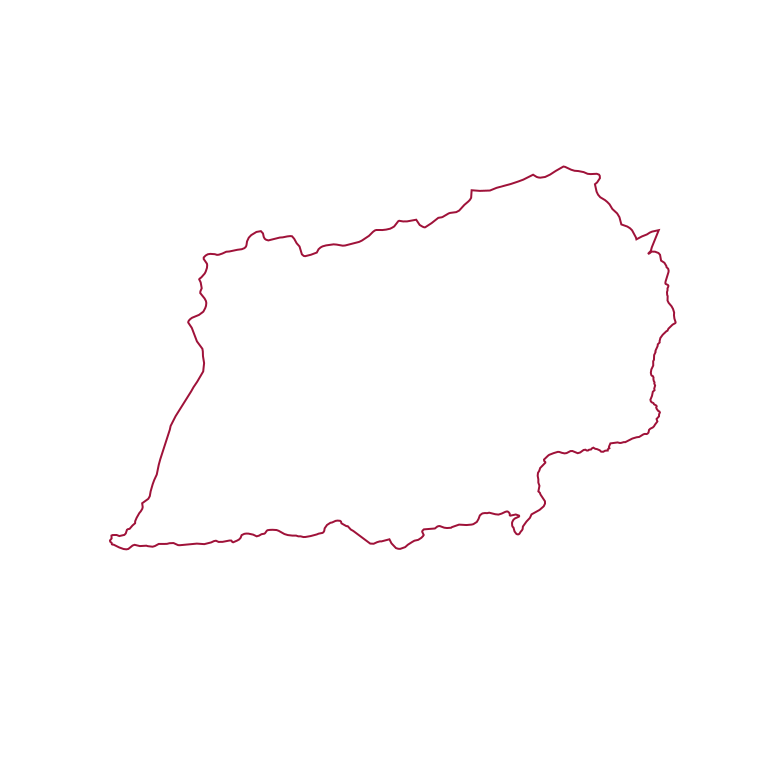 the district of Penipe, Chimborazo, Ecuador, rotated 256°
{"feature_id": "8360857B23969397471508", "entity_name": "Penipe", "entity_type": "district", "adm_level": 2, "iso_a3": "ECU", "parent_name": "Ecuador", "parent_adm1": "Chimborazo", "projection": "equal_earth", "projection_center": [-78.46, -1.554], "detail": "fine", "context": "isolated", "style": "outline", "palette": "rose", "viewbox_px": 768, "rotation_deg": 256, "n_neighbors": 0, "source": "geoboundaries", "source_scale": "gbopen_adm2", "svg_char_len": 6148}
<svg xmlns="http://www.w3.org/2000/svg" viewBox="0 0 768 768"><g transform="rotate(256 384 384)"><path d="M394.9,166.8L391.6,165.2L365.1,148.7L360.1,145.9L351.1,141.6L346.4,137.8L342.7,135.3L336.3,131.6L331.8,129.6L329.6,127.5L326.8,120.5L323.0,120.1L321.4,119.3L319.3,117.2L317.9,115.3L314.0,111.6L311.1,109.4L309.1,108.8L307.6,105.8L305.0,102.1L305.1,100.4L304.7,99.3L301.5,97.3L300.4,95.6L300.5,90.4L302.2,88.0L303.1,84.1L302.9,82.9L300.0,82.3L298.5,80.3L297.3,80.2L295.7,81.3L294.3,81.2L293.9,81.7L293.5,82.8L289.5,87.5L286.9,91.4L285.9,94.0L285.8,96.0L288.1,101.0L288.3,103.1L285.8,107.9L284.6,114.3L283.8,115.6L282.1,120.1L282.2,122.5L283.3,126.7L281.4,134.6L281.4,137.4L280.6,141.3L277.5,145.2L277.0,146.7L274.4,163.8L272.1,170.9L272.1,178.0L272.7,181.0L272.6,183.0L270.8,185.3L269.9,189.0L269.5,196.2L269.0,198.0L267.3,198.7L266.9,199.4L267.6,203.6L268.2,205.8L269.5,207.7L271.8,209.3L272.4,212.2L272.2,214.2L271.6,216.3L269.5,220.6L267.0,223.6L267.1,226.1L267.9,228.8L267.7,231.7L268.0,232.5L270.0,234.8L270.3,235.6L270.1,237.7L269.5,240.6L268.3,244.4L267.1,246.2L262.5,251.1L260.7,254.1L259.0,258.6L258.2,262.0L256.9,264.0L256.4,266.2L255.0,268.8L254.6,270.5L254.2,276.0L254.3,282.4L254.6,284.3L254.4,288.4L255.0,289.6L256.0,290.5L258.3,291.5L261.0,294.6L262.3,298.4L262.2,300.1L262.9,303.9L262.7,305.9L261.9,308.2L260.9,309.0L259.1,309.0L255.2,313.1L254.8,314.4L250.8,316.6L248.9,318.6L232.5,332.0L231.5,335.3L232.2,339.1L232.3,342.0L231.9,343.4L232.0,351.7L227.6,352.7L221.9,355.9L220.7,357.9L220.1,359.8L220.6,365.1L222.3,368.3L223.9,373.1L224.6,375.6L224.5,379.5L225.7,383.0L227.0,385.1L227.9,386.0L231.4,385.3L232.4,385.9L233.3,387.5L231.5,398.4L232.8,401.3L232.9,402.4L232.7,403.7L230.0,407.7L229.0,410.3L228.3,414.3L228.7,415.3L229.4,422.8L227.2,429.9L226.4,435.0L226.4,436.8L227.7,440.7L230.2,443.1L233.3,445.2L234.4,447.5L234.6,448.4L234.4,450.6L233.7,453.0L233.7,454.9L230.7,460.5L229.6,463.5L229.8,466.8L230.6,470.8L230.6,472.5L230.3,473.2L229.3,474.0L227.9,474.6L226.1,474.3L225.7,474.7L225.5,480.3L223.6,483.2L223.1,483.2L222.6,482.7L221.9,478.6L221.0,476.8L219.4,475.3L218.2,474.6L215.4,474.1L214.3,474.3L213.4,474.9L209.3,475.0L206.5,476.2L205.9,477.0L205.6,478.2L205.9,479.1L207.7,481.0L208.7,482.5L209.7,483.4L212.1,484.3L212.7,485.0L216.1,489.0L218.8,493.2L221.8,495.6L224.2,504.5L226.7,509.4L229.0,511.3L231.3,511.8L238.9,509.1L240.8,508.9L242.4,507.8L247.6,510.2L251.0,509.9L254.2,510.7L257.7,510.9L260.5,511.9L262.3,513.7L264.7,515.2L268.6,521.5L269.3,521.6L270.7,520.8L272.0,521.0L274.8,525.9L275.3,527.1L275.9,531.9L276.1,536.2L275.7,537.6L274.2,539.9L273.0,542.4L272.8,544.5L273.8,548.7L273.4,550.6L270.0,555.2L270.1,557.8L271.7,561.7L271.5,563.6L270.5,564.5L270.1,565.8L270.6,566.9L270.4,569.1L271.2,570.1L271.6,571.7L270.0,573.3L269.3,574.9L267.5,577.3L265.8,578.3L265.2,580.3L265.8,582.5L265.3,585.0L266.5,585.4L267.2,587.2L268.2,586.9L269.1,587.4L271.6,589.3L270.8,596.5L269.7,598.6L269.5,599.8L269.6,602.6L269.2,604.0L271.0,611.8L271.2,616.2L270.9,618.8L272.4,623.5L272.5,624.9L271.9,626.8L272.1,627.7L272.9,628.9L275.4,630.1L276.2,631.6L276.8,634.3L277.6,635.7L279.1,637.2L281.5,640.2L284.1,640.0L286.1,643.0L288.1,643.6L289.6,644.8L290.7,644.6L291.5,643.6L293.8,642.6L295.3,642.4L296.4,643.2L297.2,643.0L299.0,641.1L300.3,640.8L301.5,639.3L302.6,638.7L304.3,638.7L307.7,641.2L311.5,643.0L312.5,645.0L314.2,645.1L316.9,646.7L319.1,646.4L320.2,646.9L321.6,646.5L323.7,646.6L325.2,647.1L326.7,646.7L327.2,645.9L328.2,645.5L330.3,645.6L333.4,646.9L336.8,649.7L341.0,650.7L342.2,651.8L346.7,653.1L349.4,655.3L350.0,655.2L350.9,655.7L354.5,658.6L356.3,659.3L357.6,661.5L359.0,661.8L361.8,663.3L364.4,666.4L366.9,670.8L367.1,671.9L368.9,673.4L371.8,678.4L372.6,681.4L373.4,681.9L377.2,681.6L380.6,682.0L383.1,682.8L386.9,682.6L389.9,681.8L393.9,679.8L396.4,679.3L400.7,680.5L401.9,680.3L404.7,680.8L406.4,681.8L408.2,682.2L409.7,683.4L410.6,683.7L411.4,683.4L413.0,681.5L413.9,681.4L415.5,682.1L423.9,687.2L425.2,687.6L427.1,687.6L429.0,686.4L430.2,686.5L433.8,685.4L436.7,682.7L442.6,683.1L444.7,682.0L446.8,679.0L447.6,676.2L447.6,675.5L446.5,673.1L446.4,671.6L448.6,675.1L451.8,676.9L466.8,687.8L467.0,681.0L466.6,678.5L465.5,675.3L464.8,670.0L463.3,663.9L465.2,663.9L473.1,661.9L475.6,660.4L477.9,658.2L481.4,652.9L488.9,652.8L493.1,651.5L498.6,647.9L503.8,646.3L506.7,644.6L509.0,642.9L512.9,639.0L515.9,637.5L519.2,636.8L526.8,637.0L528.0,639.5L531.5,643.3L533.8,643.7L535.1,643.3L536.5,641.3L537.7,635.2L538.7,632.4L541.3,629.0L543.6,624.1L544.8,620.5L546.6,617.5L550.9,612.2L551.6,610.7L549.2,602.2L547.0,595.8L545.9,590.4L546.4,585.5L547.1,583.7L548.0,582.2L551.0,579.3L548.6,568.6L548.0,563.2L547.4,555.6L547.1,540.7L546.1,533.6L548.2,523.7L550.8,515.9L543.6,513.6L541.9,511.9L540.7,510.0L538.3,505.2L534.1,498.9L533.3,495.7L534.0,489.6L533.9,488.1L531.9,481.3L531.8,480.4L532.1,476.9L528.6,469.1L526.1,461.9L526.3,460.9L527.3,459.5L529.7,457.1L535.6,455.0L536.2,445.7L537.1,441.9L538.7,438.2L538.5,437.2L534.4,432.0L533.7,429.7L533.2,427.5L533.3,423.4L533.8,419.6L535.3,413.8L535.2,412.3L534.3,410.1L531.4,405.3L528.5,397.2L527.9,394.2L527.8,379.8L528.2,377.4L530.7,371.8L531.7,368.9L532.5,361.3L532.4,357.6L531.8,355.4L530.6,353.1L527.8,350.6L527.1,344.4L527.1,339.6L527.1,338.4L527.7,337.1L529.7,335.7L537.9,335.3L541.7,333.3L546.6,332.0L549.6,330.5L550.2,328.8L550.6,325.9L550.8,321.2L551.3,318.4L551.3,306.5L552.5,304.5L553.8,303.4L555.8,302.9L559.4,303.0L562.1,301.5L562.4,297.0L560.6,291.2L558.7,288.2L555.5,285.6L552.1,284.2L550.7,283.3L549.6,281.5L549.2,278.6L549.7,274.2L550.0,266.0L550.5,262.9L549.7,258.8L549.4,255.1L549.7,253.2L550.9,251.2L552.3,246.9L552.5,244.4L551.8,242.0L550.4,239.7L548.9,239.3L543.6,241.3L542.1,241.2L539.5,240.3L536.2,238.2L534.6,236.8L531.7,232.6L530.7,230.4L530.2,230.0L527.0,230.7L521.0,230.3L518.4,228.3L516.7,227.7L510.4,230.6L507.6,231.3L505.6,231.2L502.9,230.2L500.9,228.9L497.9,226.2L495.8,221.2L494.7,213.8L493.8,211.6L492.8,210.1L492.0,209.3L491.0,208.9L484.9,211.1L470.6,212.8L462.1,216.3L459.5,216.1L454.9,215.1L447.8,214.5L439.9,211.6L431.4,203.3L427.0,198.4L423.5,195.1L403.2,174.0L394.9,166.8Z" fill="none" stroke="#9f1239" stroke-width="2"/></g></svg>